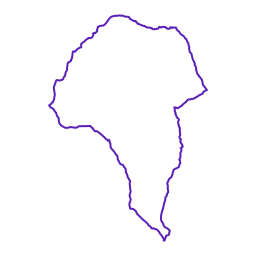 outline of Langthil, Tongsa, Bhutan, rotated 270°
{"feature_id": "84629894B85731212133965", "entity_name": "Langthil", "entity_type": "district", "adm_level": 2, "iso_a3": "BTN", "parent_name": "Bhutan", "parent_adm1": "Tongsa", "projection": "orthographic", "projection_center": [90.569, 27.339], "detail": "fine", "context": "isolated", "style": "outline", "palette": "violet", "viewbox_px": 256, "rotation_deg": 270, "n_neighbors": 0, "source": "geoboundaries", "source_scale": "gbopen_adm2", "svg_char_len": 5902}
<svg xmlns="http://www.w3.org/2000/svg" viewBox="0 0 256 256"><g transform="rotate(270 128 128)"><path d="M25.4,169.7L25.7,169.6L27.6,167.4L28.7,165.2L29.3,164.5L30.1,163.9L33.2,162.7L34.5,161.7L35.9,161.1L37.8,160.9L40.9,161.2L43.4,161.7L47.8,163.1L52.1,164.0L54.5,164.7L55.7,165.2L58.5,165.4L60.2,166.7L62.3,167.1L63.6,168.1L65.2,168.2L67.3,167.7L69.5,167.9L70.7,167.7L72.2,167.3L73.1,167.4L76.7,169.0L77.7,169.8L78.6,171.1L79.1,171.4L81.4,172.4L83.0,172.7L84.4,173.2L85.7,173.5L86.2,173.8L86.6,174.2L87.1,175.0L88.4,177.9L89.0,178.7L89.5,179.0L91.3,179.4L92.9,180.3L93.6,180.2L94.1,180.0L95.0,180.0L95.6,179.8L96.2,179.4L96.4,179.3L96.9,179.8L97.5,180.1L99.4,180.4L102.7,180.4L103.6,180.6L104.8,181.3L105.3,181.4L107.1,181.3L107.6,181.1L107.9,180.8L109.0,182.4L109.3,182.7L109.6,182.7L110.0,182.6L110.5,182.2L111.5,182.1L113.0,180.9L113.6,180.7L114.4,180.2L114.6,180.2L115.9,180.8L116.6,180.9L117.0,180.6L117.5,179.9L117.9,179.6L119.5,179.5L120.3,180.0L120.7,180.2L121.8,180.0L123.5,180.1L124.4,179.8L126.2,179.8L126.9,179.6L127.8,179.9L128.5,179.6L129.0,179.2L130.1,178.8L130.8,178.8L131.9,178.3L133.0,178.2L133.7,178.1L134.4,178.1L135.4,178.7L136.3,178.9L137.2,178.5L138.1,177.5L139.2,176.6L140.4,176.3L141.8,175.5L143.0,175.6L143.7,175.1L144.4,175.1L145.0,174.7L146.7,174.8L148.5,174.4L148.6,175.1L148.5,175.8L148.3,176.5L147.8,177.5L148.0,178.2L148.1,178.4L148.5,178.7L149.2,180.2L150.1,181.3L150.4,181.9L151.0,182.2L152.0,183.5L152.7,184.1L153.4,185.1L153.7,185.7L154.3,185.9L154.8,186.8L155.7,187.3L156.2,187.8L156.6,188.9L156.5,190.1L157.0,191.3L157.2,193.2L158.2,195.3L158.8,196.1L159.4,197.4L160.5,198.8L161.0,199.7L161.9,201.9L162.3,202.5L163.5,203.1L164.1,203.5L165.0,204.6L165.6,206.2L166.0,206.8L167.2,206.1L168.8,204.8L171.3,202.9L172.3,202.7L174.2,202.4L176.5,201.8L176.9,201.6L177.6,200.8L179.5,199.4L179.8,199.1L181.0,198.4L181.7,197.6L182.3,197.3L183.5,197.0L186.1,196.1L187.0,196.2L188.9,195.9L189.7,195.6L191.0,194.7L192.1,194.9L193.3,194.5L196.9,192.7L202.4,191.4L203.4,190.4L204.2,189.7L205.4,189.6L206.5,189.3L207.1,189.0L208.3,189.3L209.2,189.2L210.3,188.7L213.4,188.1L214.1,187.4L214.9,187.0L216.3,186.6L216.8,186.3L217.2,185.9L217.6,185.1L217.8,185.0L219.6,183.9L219.9,183.6L220.4,183.1L220.7,182.2L222.2,180.4L224.4,179.1L224.7,178.7L225.2,177.9L225.5,177.5L226.1,177.2L226.8,176.6L228.1,176.1L228.5,175.8L228.4,174.2L228.6,173.5L228.1,172.5L228.4,171.8L228.7,171.5L228.8,170.8L228.6,170.4L227.7,170.2L227.5,169.3L227.2,168.9L227.1,168.4L227.1,168.2L227.6,167.4L227.7,166.5L228.8,165.6L229.2,163.3L229.1,162.8L229.1,162.4L228.6,161.5L228.5,161.1L229.1,159.9L229.1,159.6L228.8,159.0L227.7,158.5L227.4,158.1L227.4,157.0L227.1,156.6L226.9,156.2L226.9,155.0L227.0,154.6L226.8,153.6L226.8,152.7L227.0,152.3L227.7,151.9L227.9,151.5L228.1,150.4L228.5,149.5L228.5,148.3L228.4,147.9L228.7,147.2L228.7,146.5L229.0,145.9L229.9,144.8L230.1,144.4L230.1,143.5L231.7,139.3L232.0,139.0L232.1,138.3L232.3,137.6L233.3,137.0L233.7,136.4L234.4,135.9L234.7,135.9L235.1,134.9L234.9,134.4L235.0,133.8L235.6,132.6L236.4,131.3L237.0,130.2L237.2,129.9L238.3,129.5L239.0,128.7L239.2,128.4L239.3,125.7L239.6,124.5L240.3,122.9L240.4,121.6L240.2,121.0L240.5,120.4L240.6,119.8L240.5,118.9L240.2,117.3L240.3,115.8L240.0,114.8L240.1,114.4L239.4,111.7L239.1,111.1L238.5,110.4L236.9,108.9L232.9,106.1L231.4,104.7L230.4,103.3L230.4,101.7L230.0,100.0L229.8,99.2L229.3,98.6L229.2,97.9L228.0,97.7L226.1,97.0L225.1,97.3L224.6,97.0L222.8,95.1L223.0,93.9L222.6,93.2L222.3,93.1L220.7,93.2L219.3,92.5L218.6,92.0L218.3,91.4L217.9,90.2L218.0,89.6L218.0,88.4L217.3,87.8L216.5,86.4L214.5,84.4L213.6,82.9L212.1,81.2L208.7,81.2L208.4,79.8L207.7,78.8L207.1,77.5L205.7,76.2L204.5,75.2L204.3,74.7L204.6,74.1L204.6,73.3L204.3,73.0L203.5,72.7L199.9,72.3L198.7,72.0L198.2,72.1L197.6,71.9L196.6,71.2L195.9,71.0L195.2,71.0L193.1,67.8L187.1,66.9L186.0,67.1L183.6,65.6L181.8,65.4L179.9,64.9L179.6,64.3L178.1,63.5L176.7,63.0L176.0,61.8L175.9,60.8L175.6,60.2L175.4,59.0L175.9,58.2L175.9,56.9L175.8,56.5L175.1,56.0L173.2,55.5L169.5,54.0L167.9,53.9L165.7,54.2L164.3,54.3L162.1,54.8L160.5,54.7L158.8,54.3L157.0,54.2L153.7,52.8L153.4,51.9L152.4,51.3L151.6,50.6L150.7,49.2L149.6,49.8L148.6,50.5L148.3,51.1L148.0,52.0L146.6,53.7L144.7,54.8L143.0,56.2L140.9,56.7L139.5,57.4L138.6,58.2L137.7,58.6L136.8,58.8L134.3,58.9L132.5,59.5L131.1,60.7L129.8,62.1L129.2,63.5L128.4,64.8L128.2,65.3L128.2,68.1L128.8,69.5L128.9,71.1L128.6,73.3L128.2,75.1L128.6,77.3L129.6,78.5L129.8,79.1L129.7,80.7L130.0,82.8L129.8,84.1L130.0,90.2L129.9,90.5L128.4,91.6L128.1,92.5L127.9,92.7L127.0,93.0L126.6,93.5L125.5,94.2L125.0,94.6L124.9,94.8L124.7,97.0L124.4,97.6L122.9,99.6L122.0,100.5L121.5,101.3L120.9,102.1L120.1,102.7L119.1,104.0L117.4,105.6L116.7,106.3L116.5,107.0L115.3,107.9L115.4,108.1L116.0,109.2L115.7,109.4L114.1,109.6L112.4,110.4L109.6,110.5L108.7,110.7L107.6,111.3L107.1,111.6L105.8,112.9L103.8,114.5L102.5,115.3L101.2,116.2L100.4,117.2L100.2,117.3L99.2,117.5L96.4,117.8L94.6,119.0L94.4,119.2L93.1,119.5L92.3,120.1L91.4,121.6L90.9,123.2L90.2,123.5L89.4,123.7L87.8,125.1L87.3,125.4L86.8,125.7L86.0,125.9L84.2,125.8L80.7,127.4L78.7,127.7L77.3,128.8L76.5,129.0L76.2,129.2L75.2,130.0L74.6,130.2L72.9,129.7L71.6,129.7L70.7,129.9L68.3,130.1L66.9,130.1L65.2,130.7L62.2,130.0L61.2,129.7L60.2,129.6L58.9,130.0L57.9,130.4L56.9,130.7L55.7,130.5L54.1,130.1L53.0,129.5L51.3,129.4L49.5,129.7L47.5,130.2L47.2,130.7L47.3,132.1L47.1,133.0L46.5,133.9L46.0,134.4L45.3,135.6L44.8,135.9L42.9,136.7L41.8,137.4L36.1,143.2L35.3,144.3L33.9,146.0L32.1,147.7L30.6,148.7L30.3,149.1L29.7,150.2L28.4,151.0L27.6,151.9L27.4,152.2L27.7,153.1L27.7,153.4L27.3,154.2L27.1,155.2L26.4,156.8L25.7,157.7L24.6,158.6L23.8,159.4L22.7,159.8L20.3,161.8L19.0,162.6L16.7,163.8L16.1,163.9L15.5,163.8L15.4,164.2L15.5,164.5L18.4,165.6L19.3,165.8L20.0,166.1L20.5,166.8L20.9,168.3L21.2,168.7L21.7,169.1L22.7,169.3L23.3,169.2L23.9,169.4L25.4,169.7Z" fill="none" stroke="#5b21b6" stroke-width="2"/></g></svg>